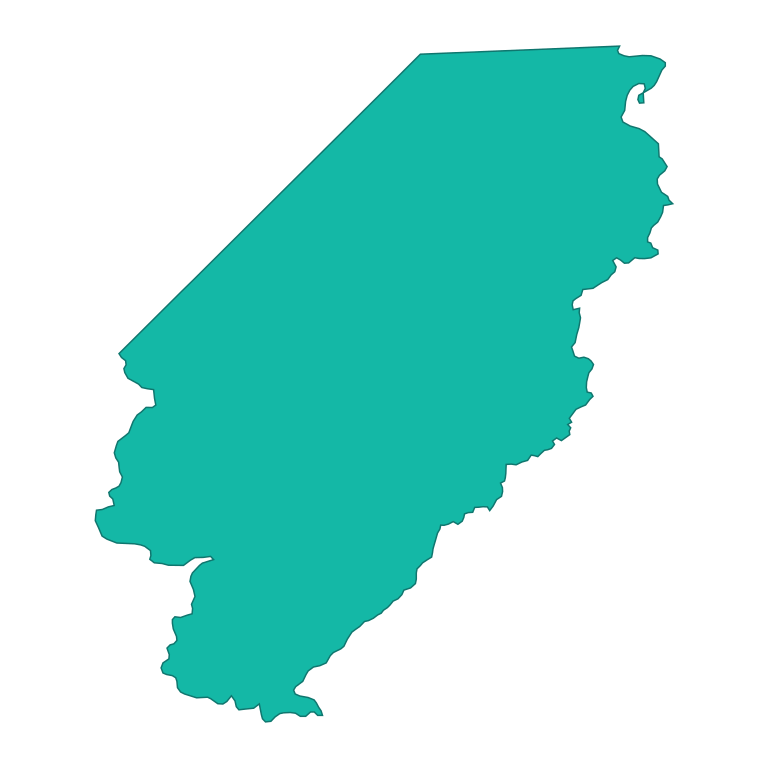 outline of Bom Jardim de Goiás, Goiás, Brazil
{"feature_id": "56859067B81670850738354", "entity_name": "Bom Jardim de Goiás", "entity_type": "district", "adm_level": 2, "iso_a3": "BRA", "parent_name": "Brazil", "parent_adm1": "Goiás", "projection": "orthographic", "projection_center": [-52.054, -16.193], "detail": "fine", "context": "isolated", "style": "filled", "palette": "teal", "viewbox_px": 768, "rotation_deg": 0, "n_neighbors": 0, "source": "geoboundaries", "source_scale": "gbopen_adm2", "svg_char_len": 4146}
<svg xmlns="http://www.w3.org/2000/svg" viewBox="0 0 768 768"><path d="M119.0,353.6L121.5,357.5L125.6,360.7L126.1,364.8L123.9,368.6L124.8,372.6L128.0,378.3L138.6,384.1L141.8,387.5L147.2,388.7L153.6,389.6L154.5,398.2L155.8,405.1L152.4,407.5L146.1,407.4L141.3,412.0L137.2,415.0L133.2,421.3L131.6,425.4L128.8,432.8L125.6,435.5L117.9,441.4L116.3,445.8L114.3,452.8L115.8,457.9L118.6,462.2L119.2,467.9L119.7,471.8L122.4,477.0L121.0,482.6L119.0,486.2L115.8,488.0L111.9,489.5L108.8,492.4L109.7,496.1L112.8,499.0L114.2,505.5L108.3,506.9L102.3,509.5L96.5,510.2L95.8,514.9L95.3,520.7L98.5,527.6L102.1,536.1L106.9,539.1L116.8,543.0L134.6,543.8L140.7,544.9L144.7,546.3L150.5,550.6L150.9,555.6L149.8,559.3L154.3,562.8L162.1,563.5L168.4,565.2L183.5,565.4L190.4,560.2L194.9,557.6L203.2,557.4L210.6,556.4L213.6,559.6L202.4,563.1L199.5,565.4L192.4,573.0L190.9,576.4L190.0,581.4L193.4,589.4L195.0,596.5L191.5,604.3L192.6,608.4L192.1,613.8L187.4,615.1L180.6,617.5L174.9,616.8L172.4,619.6L172.4,623.2L173.3,628.9L176.5,636.4L176.9,640.4L173.9,643.8L170.1,644.9L167.0,648.1L169.3,654.6L168.9,658.9L163.0,662.9L161.1,667.9L163.0,673.0L166.6,674.5L172.3,675.6L175.7,677.7L176.9,681.2L177.5,687.7L180.6,692.0L184.6,694.0L196.6,697.8L207.6,697.2L210.7,698.7L217.8,703.7L222.9,704.0L226.8,701.5L231.4,695.8L235.0,700.9L236.3,706.7L238.9,709.8L244.8,709.1L253.7,708.2L259.3,703.9L261.4,714.7L262.5,718.8L265.5,721.9L270.9,721.3L275.2,716.8L279.8,713.6L283.6,712.8L290.2,712.5L295.5,713.2L300.3,716.3L305.7,716.3L310.5,712.0L314.3,712.0L317.7,715.4L322.5,715.4L321.1,710.9L318.6,707.2L316.4,703.0L314.1,699.9L308.1,697.5L299.8,696.0L295.2,694.0L293.6,690.1L295.7,686.6L302.8,681.3L306.0,674.6L308.2,670.9L313.5,667.0L319.8,665.7L326.2,662.9L328.5,658.8L330.3,655.6L333.4,652.5L340.9,648.8L343.9,646.3L347.3,639.2L351.9,632.1L355.1,629.7L359.8,626.4L364.5,621.5L368.5,620.6L373.4,618.2L377.7,614.9L381.2,613.2L383.5,610.2L387.4,607.6L389.9,605.1L393.1,601.1L398.0,598.8L401.9,594.6L403.9,590.1L410.6,587.9L415.4,583.6L416.3,579.1L416.3,572.9L417.0,568.9L420.4,565.5L422.5,562.9L427.0,559.9L431.6,557.1L432.5,552.7L433.0,548.9L434.2,544.6L435.3,540.9L437.5,533.1L439.9,529.0L440.7,525.1L444.0,525.3L448.4,524.1L453.2,521.6L457.9,524.3L462.2,521.2L463.8,517.5L464.5,513.9L468.2,512.6L472.7,512.3L474.7,507.4L478.7,507.2L483.1,506.7L487.4,506.9L489.7,510.6L493.1,506.1L496.6,499.6L501.5,496.3L502.6,491.5L502.4,487.5L500.5,483.1L504.5,481.0L505.3,477.8L505.8,473.5L506.0,468.1L506.2,464.4L511.2,464.1L516.1,464.8L521.9,462.0L527.6,460.4L531.2,455.1L534.6,455.7L537.8,456.6L541.0,453.4L544.4,450.3L547.8,449.7L551.5,448.4L554.5,444.5L552.5,441.0L556.6,438.0L561.4,440.6L564.8,438.2L569.8,434.6L569.2,431.1L570.7,427.8L567.7,424.5L571.6,422.2L569.3,418.3L572.5,414.0L576.0,409.3L581.2,406.8L585.6,405.0L589.7,399.5L593.0,396.3L591.2,393.0L587.2,392.1L586.3,387.6L586.6,381.8L587.9,376.4L588.9,372.7L591.9,369.0L593.5,364.5L591.0,360.9L588.3,358.7L583.9,357.2L578.8,358.2L574.5,356.1L572.8,350.7L571.5,347.0L575.1,342.6L576.8,334.3L578.8,327.6L579.6,323.1L580.5,317.8L579.2,312.7L579.6,308.2L573.2,309.7L572.2,304.7L573.0,300.9L575.7,298.7L581.1,295.3L582.8,289.5L593.0,288.3L597.5,285.3L601.9,282.5L607.7,279.6L611.1,274.9L614.8,271.7L616.1,266.9L612.7,260.5L616.6,257.8L620.5,260.0L624.4,263.2L628.6,262.9L634.8,257.7L639.2,258.5L644.5,258.6L651.0,257.8L658.1,253.9L657.8,250.1L652.6,247.7L650.8,243.1L647.6,241.9L647.6,237.6L649.9,232.9L651.4,227.9L653.7,225.4L657.7,222.1L660.7,216.7L662.6,212.3L663.5,205.5L667.7,204.9L672.7,203.7L669.0,200.1L667.7,196.4L661.5,192.3L657.5,184.1L657.2,179.0L659.5,175.2L664.8,170.8L667.1,166.6L662.2,158.9L659.1,156.8L658.4,143.8L644.9,131.7L639.1,128.6L630.1,126.0L622.9,122.0L621.1,117.0L624.7,110.4L625.6,101.4L627.2,95.3L629.8,90.2L633.1,86.4L638.8,83.5L644.2,83.8L645.3,88.4L643.2,92.8L651.2,88.2L654.2,85.4L656.6,81.7L661.9,70.0L665.3,66.1L665.3,62.7L660.1,59.0L651.0,55.8L642.6,55.5L629.2,56.8L624.1,55.8L618.8,53.6L617.5,50.4L619.6,46.1L420.4,54.2L382.5,92.0L267.6,206.1L193.4,279.9L181.7,291.3L119.0,353.6ZM643.2,92.8L638.8,95.3L637.9,99.6L639.5,103.1L643.8,102.8L643.2,92.8Z" fill="#14b8a6" stroke="#0f766e" stroke-width="1.5"/></svg>